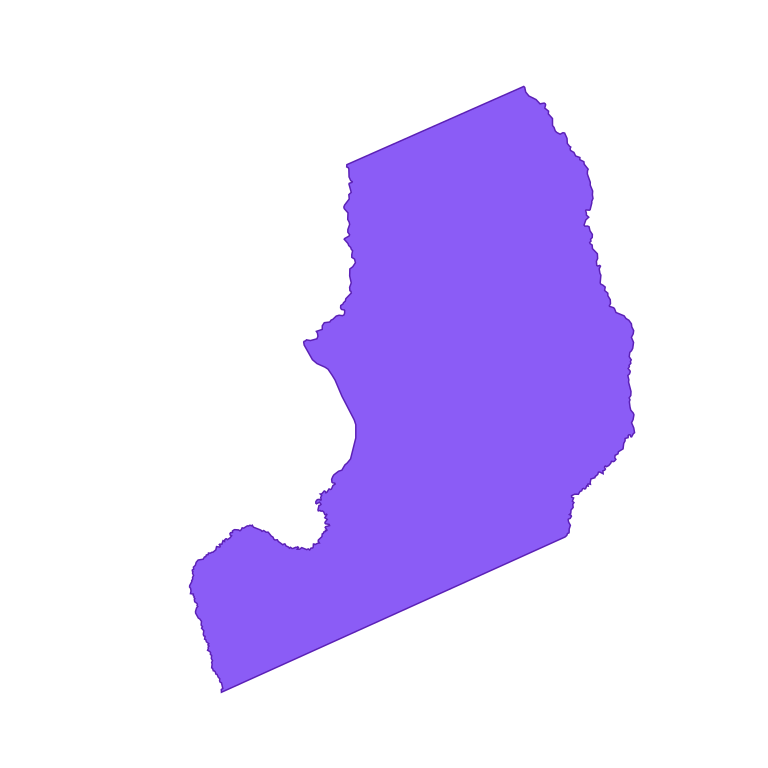 General Roca, Río Negro, Argentina, rotated 246°
{"feature_id": "61730980B10000603471831", "entity_name": "General Roca", "entity_type": "district", "adm_level": 2, "iso_a3": "ARG", "parent_name": "Argentina", "parent_adm1": "Río Negro", "projection": "albers", "projection_center": [-67.633, -38.378], "detail": "fine", "context": "isolated", "style": "filled", "palette": "violet", "viewbox_px": 768, "rotation_deg": 246, "n_neighbors": 0, "source": "geoboundaries", "source_scale": "gbopen_adm2", "svg_char_len": 6171}
<svg xmlns="http://www.w3.org/2000/svg" viewBox="0 0 768 768"><g transform="rotate(246 384 384)"><path d="M477.5,383.9L475.4,382.3L474.8,380.2L473.7,378.9L473.3,376.4L471.2,375.3L469.4,375.5L467.7,377.9L467.2,378.0L464.7,376.8L463.4,375.5L463.3,373.9L465.1,370.9L465.5,368.0L463.9,363.6L463.9,361.7L462.7,359.6L464.3,354.4L462.3,351.3L459.0,349.8L459.6,343.6L457.7,343.9L454.5,343.1L452.6,341.1L453.6,334.5L455.9,331.1L455.3,329.9L455.5,328.4L455.0,327.7L452.0,326.9L435.3,328.5L429.9,331.1L423.3,337.0L420.3,338.9L413.0,340.2L407.6,340.9L389.9,340.6L363.5,342.2L358.3,341.7L346.2,336.3L329.2,323.0L326.8,318.3L326.0,315.4L322.4,310.4L322.8,307.0L321.4,301.3L320.4,299.7L318.2,297.4L315.5,296.5L314.7,296.8L313.4,298.7L312.5,298.7L312.0,296.0L309.4,293.3L309.4,292.2L310.5,291.1L308.3,287.8L308.2,286.7L309.7,286.7L310.6,285.9L309.0,282.6L309.4,281.0L307.5,281.7L306.1,280.0L303.7,279.5L303.7,278.8L305.0,277.9L305.5,276.0L304.4,274.0L302.9,273.2L302.0,273.6L302.2,277.0L299.7,277.6L299.3,276.7L299.5,275.2L295.8,272.4L294.8,272.4L294.4,274.2L293.4,274.7L293.1,276.1L291.7,276.9L288.8,276.8L288.3,277.4L288.4,278.6L287.9,278.7L285.9,275.5L283.4,277.1L281.7,273.9L280.9,273.5L280.1,273.7L278.0,276.8L276.8,276.7L277.4,272.7L276.9,271.9L273.7,272.5L273.4,271.9L274.1,270.9L273.1,270.4L273.3,268.8L272.2,267.8L272.2,266.6L269.8,265.2L268.2,260.6L267.2,259.9L265.0,260.3L265.5,258.6L265.4,255.6L266.4,255.0L266.5,254.4L263.7,252.9L263.2,252.1L263.8,250.6L262.6,248.6L264.2,247.7L264.1,246.1L268.0,242.3L267.4,239.8L268.3,237.6L269.5,239.4L270.3,238.9L269.8,238.2L270.7,237.3L270.8,233.9L271.2,233.0L272.8,232.2L272.5,230.8L273.8,230.5L276.0,228.6L278.1,228.5L278.5,227.7L278.3,226.2L283.1,223.4L285.1,223.2L285.8,221.0L286.8,220.3L289.3,220.3L290.9,219.2L295.8,217.9L296.5,216.1L299.1,214.5L299.0,212.6L300.6,212.1L306.3,206.5L308.6,206.2L308.3,205.4L309.5,204.1L309.4,202.4L310.0,201.4L309.4,197.2L310.3,195.9L309.0,194.4L308.5,192.7L309.9,191.7L311.4,188.9L311.8,188.0L311.4,185.8L310.0,185.2L310.6,183.4L310.0,182.4L308.5,182.1L307.3,183.0L306.1,180.7L305.5,177.7L306.7,177.1L306.9,176.4L306.3,174.9L305.0,174.3L306.4,173.2L303.6,170.7L304.5,168.9L304.3,168.2L302.5,168.5L301.8,167.7L303.6,164.9L300.9,162.9L299.9,159.3L300.3,158.3L300.1,156.5L301.0,154.9L299.7,153.9L300.1,152.2L298.8,150.9L299.0,149.6L297.5,147.5L298.8,142.6L297.5,139.9L295.1,137.9L294.2,135.4L292.2,134.8L292.1,133.3L291.3,132.8L290.4,133.1L289.0,132.1L286.6,132.2L285.2,130.4L283.6,129.9L282.6,128.3L281.7,128.1L278.9,124.5L277.6,123.8L276.1,124.2L273.4,123.5L271.2,121.9L269.6,124.4L268.3,123.7L267.1,124.2L266.2,123.6L264.8,123.9L264.3,123.1L262.1,122.5L259.6,123.9L258.6,123.9L257.7,123.1L256.5,123.4L255.7,121.7L252.9,119.3L251.3,118.7L245.6,119.2L244.4,120.1L241.4,120.7L238.2,118.9L236.1,119.4L235.1,118.0L231.9,119.0L228.8,117.1L227.3,116.9L226.2,117.9L223.9,116.3L222.9,117.2L220.8,116.9L218.0,118.3L217.3,117.0L215.8,117.5L215.2,116.3L213.9,116.0L212.5,114.5L210.5,116.0L209.1,116.3L207.7,115.4L206.1,116.1L203.5,114.6L200.9,114.8L199.8,113.3L198.1,113.1L194.8,111.1L193.9,111.7L191.4,111.4L190.9,112.3L189.5,112.8L187.4,112.4L186.6,113.4L183.7,113.3L181.5,114.1L179.8,113.1L178.4,113.0L177.2,114.0L171.4,112.9L171.1,111.1L168.5,110.1L170.6,487.2L171.3,489.4L172.8,490.8L172.7,492.3L173.2,492.8L176.2,494.2L179.1,496.8L182.6,496.5L185.1,497.0L185.6,497.5L185.5,499.4L186.9,501.4L188.0,501.5L189.3,500.2L190.0,502.1L192.8,503.6L194.3,506.6L197.3,507.5L198.4,509.3L200.3,508.4L202.8,510.9L204.3,509.4L205.7,509.9L205.8,513.3L204.2,516.7L206.1,519.3L206.0,521.1L207.5,522.7L207.4,523.9L206.4,524.7L206.4,525.6L208.6,527.8L207.7,529.0L209.6,529.3L209.5,530.3L208.4,531.8L210.0,532.2L213.1,534.4L212.6,538.5L213.6,539.4L214.4,542.4L216.2,544.0L215.8,545.3L212.9,547.7L215.7,548.7L215.5,550.5L216.2,551.7L218.0,551.5L218.9,552.1L218.9,553.1L217.9,553.7L218.1,556.2L219.4,558.9L220.8,560.3L219.8,562.0L219.8,563.1L220.8,565.2L222.7,564.8L224.8,566.1L225.1,569.4L226.8,570.6L227.5,576.0L232.2,578.8L234.0,581.1L236.2,582.1L235.7,585.2L237.7,586.2L238.0,587.2L237.4,588.2L235.5,588.0L235.0,588.7L237.2,591.6L237.6,593.1L242.3,594.3L247.9,594.4L250.2,597.1L254.2,599.8L256.0,599.9L259.8,598.8L263.0,599.4L268.0,600.9L269.5,602.3L271.6,602.3L273.1,604.8L276.7,606.6L286.3,608.2L288.2,609.4L292.6,610.2L293.4,612.4L295.0,613.9L296.1,614.1L298.8,613.3L300.0,615.2L301.4,615.5L302.5,617.9L304.4,618.3L305.5,619.7L309.2,619.1L312.9,621.4L313.7,623.6L315.4,625.7L320.5,628.9L326.0,629.0L328.5,632.1L331.2,633.8L335.4,633.6L338.4,634.5L342.7,633.6L345.4,631.7L348.6,631.1L355.0,625.0L358.9,625.2L360.3,624.8L363.2,621.6L363.9,621.7L365.3,623.6L369.0,625.0L373.6,624.4L375.9,625.4L379.7,623.6L382.6,625.5L385.4,624.1L387.0,622.7L388.4,622.6L395.2,626.4L397.3,626.3L401.6,627.4L403.6,629.7L404.6,629.3L404.8,627.3L405.8,626.6L409.8,628.0L411.7,630.2L416.2,631.9L422.9,629.5L426.3,630.7L428.4,629.4L429.6,629.4L430.3,631.2L432.2,631.6L433.1,633.8L435.9,635.2L440.2,634.5L444.3,635.3L445.5,634.2L446.4,631.8L447.8,631.4L451.8,635.1L453.1,638.9L456.0,637.6L457.8,638.4L460.3,638.7L460.8,639.4L459.2,642.4L459.4,643.2L464.9,647.5L466.4,648.1L468.5,650.4L472.0,651.3L475.4,653.1L481.8,653.3L484.4,654.5L493.2,655.2L496.0,656.6L497.2,657.9L503.3,656.3L505.8,657.0L509.3,654.1L511.2,655.1L514.4,651.8L518.3,651.7L521.5,649.4L523.2,649.7L524.5,651.0L525.7,650.2L529.2,649.3L533.9,651.1L539.8,651.1L540.8,649.7L540.6,646.5L543.6,644.1L545.6,643.4L549.2,643.7L551.6,643.1L558.0,645.9L563.9,644.0L566.3,645.3L570.7,643.1L573.3,645.2L574.4,645.3L575.5,644.6L576.5,640.5L582.0,638.6L588.2,633.5L593.1,632.2L597.7,633.2L599.0,632.7L599.5,439.3L597.5,438.2L596.0,439.4L594.6,439.3L587.4,436.3L583.3,436.3L581.8,437.3L581.2,436.7L581.5,433.9L580.9,433.3L572.4,432.0L571.3,428.9L567.2,427.5L563.5,420.8L562.0,419.3L560.4,419.0L555.0,420.7L549.1,417.8L545.9,418.0L543.7,417.5L539.8,413.8L537.4,412.7L534.3,413.3L533.4,412.2L532.9,407.1L532.4,406.5L527.1,408.2L524.8,408.1L522.4,409.1L520.3,408.9L518.5,409.5L515.3,407.2L512.8,406.1L510.1,407.9L506.4,407.2L503.8,403.1L503.0,399.6L496.7,396.6L489.7,395.2L486.3,391.9L483.1,390.8L482.1,391.5L480.4,391.1L477.5,383.9Z" fill="#8b5cf6" stroke="#5b21b6" stroke-width="1.5"/></g></svg>